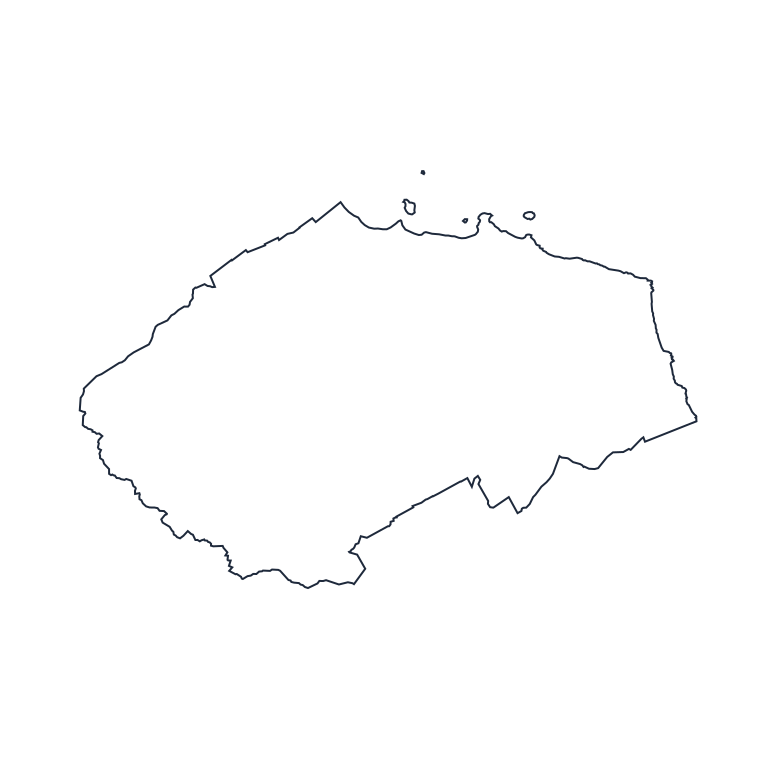 Victor Harbor, South Australia, Australia (Equal Earth projection), rotated 241°
{"feature_id": "25037944B26153550017793", "entity_name": "Victor Harbor", "entity_type": "district", "adm_level": 2, "iso_a3": "AUS", "parent_name": "Australia", "parent_adm1": "South Australia", "projection": "equal_earth", "projection_center": [138.549, -35.516], "detail": "fine", "context": "isolated", "style": "outline", "palette": "slate", "viewbox_px": 768, "rotation_deg": 241, "n_neighbors": 0, "source": "geoboundaries", "source_scale": "gbopen_adm2", "svg_char_len": 6169}
<svg xmlns="http://www.w3.org/2000/svg" viewBox="0 0 768 768"><g transform="rotate(241 384 384)"><path d="M450.0,100.5L442.9,102.3L438.7,100.0L436.6,101.1L436.5,102.5L435.2,103.2L434.5,104.2L431.4,104.6L429.9,106.9L428.2,107.9L425.9,110.6L425.9,112.5L421.8,116.3L416.1,115.3L414.1,116.4L413.0,116.3L411.3,114.4L408.5,113.0L407.1,117.1L405.7,116.8L404.4,115.5L401.7,114.3L400.0,115.5L396.6,115.2L392.3,116.6L389.6,119.2L387.2,123.4L385.2,125.8L381.9,126.2L379.5,130.0L375.8,131.2L375.4,130.8L375.6,128.7L373.6,123.6L370.1,123.2L363.0,127.3L358.5,127.5L356.9,128.1L354.2,127.2L352.5,128.3L350.3,128.8L347.9,130.8L348.5,135.0L350.5,141.1L346.3,142.6L344.8,143.8L339.0,143.4L338.0,145.3L335.7,146.6L335.8,148.6L335.2,151.4L334.2,151.3L332.7,153.4L331.1,153.6L330.0,154.8L328.1,155.3L326.5,154.3L324.8,156.0L320.6,164.4L318.4,164.2L312.7,165.4L310.9,162.2L309.4,164.3L306.1,161.9L305.2,162.2L303.9,164.3L300.1,160.2L297.2,162.4L295.6,158.0L289.6,161.9L289.2,163.1L284.7,165.5L282.7,165.3L281.9,166.0L282.1,171.5L281.0,174.6L281.3,177.5L279.7,180.3L280.5,183.8L279.3,186.6L279.5,187.7L275.8,193.7L276.0,196.1L272.7,201.4L271.0,202.6L258.9,205.4L257.4,207.0L255.8,207.0L253.9,209.0L251.1,213.1L249.0,213.8L247.6,215.4L244.8,216.4L242.4,218.6L241.8,229.1L243.1,232.0L241.2,235.2L240.5,238.2L230.5,247.4L228.1,256.3L225.0,259.9L223.5,260.7L231.5,278.0L247.8,277.8L253.4,272.2L254.1,272.1L253.9,273.7L254.8,275.2L254.8,277.1L255.4,278.7L257.6,281.5L257.1,284.4L262.1,289.9L257.8,294.5L257.7,318.4L257.1,319.6L258.0,321.6L260.3,323.0L259.6,326.1L261.8,327.0L261.8,328.6L261.2,330.4L262.0,330.5L261.9,349.8L263.4,349.8L262.0,359.2L262.7,364.4L262.3,366.2L262.3,372.2L262.0,372.3L261.8,378.2L261.7,403.5L261.3,403.9L261.3,411.3L251.5,411.0L257.4,417.2L258.1,421.5L253.5,421.7L250.7,418.1L231.2,418.4L228.8,416.8L224.8,417.1L222.9,419.6L222.9,420.4L224.6,438.3L206.3,438.2L206.3,442.6L208.1,444.1L208.2,445.8L206.9,448.5L208.4,453.3L212.8,459.6L213.7,462.7L217.9,471.9L219.3,478.5L220.9,483.1L223.5,488.2L235.8,502.5L233.5,503.8L230.5,508.1L229.4,509.1L224.0,511.5L218.9,516.7L216.8,518.0L214.7,518.3L214.7,519.1L210.5,522.2L207.5,527.0L206.6,530.5L212.0,543.9L213.2,551.1L208.5,560.3L208.5,566.7L206.8,567.8L211.3,582.6L211.6,585.0L207.0,584.3L199.9,639.2L202.4,640.4L203.6,640.1L203.8,641.3L204.9,641.5L206.8,640.7L210.3,640.0L217.8,640.4L219.2,639.7L222.4,640.1L224.3,641.6L224.7,641.3L225.4,642.5L226.0,642.2L228.9,643.3L229.4,643.0L231.6,645.1L232.8,645.4L234.8,644.8L236.2,643.2L237.9,643.4L241.0,640.4L242.1,640.3L243.3,639.5L244.6,639.4L246.0,640.0L248.2,639.9L250.0,641.1L252.5,641.3L256.6,642.9L262.8,644.5L263.6,645.7L263.7,648.7L265.1,648.5L265.4,648.0L266.0,647.8L267.5,648.3L267.3,649.1L268.1,649.7L269.8,648.7L270.8,649.8L271.6,650.0L272.6,649.0L274.0,648.6L277.4,644.6L281.2,644.5L291.4,646.3L295.1,647.6L296.8,647.2L299.4,648.7L300.8,648.7L304.0,650.2L308.4,650.6L310.1,651.8L313.9,652.7L315.2,653.6L317.5,653.8L324.4,656.9L325.9,658.1L333.8,661.7L334.5,662.3L335.1,664.9L335.8,665.2L338.0,664.5L338.1,665.6L339.8,665.1L340.7,665.7L341.4,665.3L341.6,667.0L342.9,666.8L343.0,667.7L343.8,668.3L345.1,667.5L346.6,664.7L347.4,665.2L349.5,664.4L352.3,659.6L356.3,655.4L358.8,654.8L361.2,653.3L362.3,651.0L363.3,650.9L364.3,649.9L364.6,647.6L367.9,645.6L369.5,644.0L375.4,636.4L379.7,633.9L380.0,633.2L381.8,632.2L383.1,630.7L384.1,630.4L385.2,629.1L386.3,628.7L386.8,627.5L391.6,623.3L392.6,621.5L394.8,619.8L395.1,618.8L396.2,617.9L397.3,617.8L400.2,615.0L401.0,613.9L403.6,607.1L405.9,604.0L406.2,602.8L410.4,598.7L412.8,595.1L417.5,591.2L420.0,589.8L420.9,589.8L423.3,587.9L425.0,587.7L425.5,588.3L426.9,586.5L427.9,586.3L429.5,587.2L431.3,585.3L432.3,584.8L436.7,585.1L441.0,583.6L442.6,585.1L444.4,583.4L445.2,581.7L445.3,580.5L444.0,578.6L444.0,576.2L444.6,574.9L447.2,571.8L449.1,570.1L455.9,565.7L458.5,564.8L460.0,562.3L460.2,560.9L462.0,559.9L464.5,559.5L468.3,557.5L470.5,557.5L473.5,556.3L474.1,555.1L475.2,554.9L477.2,555.9L479.0,559.0L478.9,560.2L481.4,559.3L482.2,557.4L484.7,554.8L485.4,552.8L485.3,550.4L484.3,547.8L482.9,546.7L481.1,547.4L480.2,547.2L479.2,546.1L478.8,544.8L477.5,543.8L477.1,542.1L476.3,541.6L473.5,541.3L471.7,539.9L470.5,536.9L470.4,535.7L472.1,526.2L473.8,522.6L475.7,520.2L478.9,517.4L480.4,514.9L482.7,512.2L484.0,509.8L488.2,504.8L492.1,498.9L496.5,494.3L497.0,492.5L496.3,489.3L497.4,486.7L501.0,483.3L508.7,477.6L513.9,477.0L518.3,478.2L519.1,477.9L519.3,475.5L518.5,472.1L517.7,465.7L518.0,461.4L519.9,458.0L522.9,454.1L524.6,450.7L528.2,446.6L532.3,444.2L536.8,442.7L542.1,442.2L545.7,439.4L551.6,436.6L557.5,435.0L564.1,434.2L558.7,402.8L563.8,401.6L562.0,386.0L561.6,386.0L560.4,378.2L562.1,372.3L560.8,362.0L563.3,362.2L564.1,347.5L562.9,347.3L565.4,328.6L568.1,328.1L565.8,310.9L566.5,310.8L562.7,284.5L550.9,283.2L552.0,280.7L553.8,279.3L555.3,277.2L558.3,275.5L559.1,266.6L559.8,265.8L559.1,262.8L555.6,260.7L555.1,259.9L551.7,258.4L549.8,254.1L547.6,252.4L546.7,250.1L548.6,246.8L548.5,244.6L548.3,240.0L547.0,234.7L547.1,231.3L544.6,225.4L545.4,214.8L544.8,212.0L539.7,206.0L537.5,204.4L535.0,201.4L532.6,197.6L533.0,180.4L532.3,173.6L530.4,168.9L530.1,165.2L530.8,162.7L529.6,141.7L530.2,136.3L525.5,119.2L523.2,118.1L520.8,115.7L519.0,112.0L508.4,105.1L505.5,107.5L504.6,108.8L503.0,108.5L501.8,105.4L494.1,100.6L491.2,101.7L490.5,102.7L488.2,103.5L486.6,105.5L484.8,106.6L483.6,105.9L482.1,107.7L479.8,108.5L478.8,110.9L475.0,112.4L473.3,107.3L471.7,105.7L470.4,105.9L467.3,103.1L465.7,103.0L463.5,104.5L461.0,101.3L458.9,100.9L456.8,99.7L453.7,101.3L450.0,100.5ZM519.1,494.0L521.3,494.8L524.8,497.4L527.1,498.0L529.2,496.1L530.4,494.2L532.1,494.1L534.2,493.2L535.2,491.2L534.3,490.4L533.9,489.2L532.9,490.2L531.0,490.1L529.0,488.9L528.1,487.5L524.6,487.2L521.3,487.9L519.2,490.1L518.7,491.0L519.1,494.0ZM463.2,587.6L461.9,587.7L458.7,589.6L458.2,591.2L456.9,591.7L456.5,593.6L457.3,596.5L458.6,597.6L460.6,597.8L461.3,597.0L462.5,596.8L463.6,595.1L464.4,593.4L465.0,590.0L464.1,588.3L463.2,587.6ZM487.8,536.6L489.0,534.6L488.3,532.1L486.0,533.0L485.7,533.9L486.7,535.9L487.8,536.6ZM548.9,521.6L551.0,521.8L551.7,520.5L550.4,519.2L548.3,520.6L548.9,521.6Z" fill="none" stroke="#1e293b" stroke-width="2"/></g></svg>